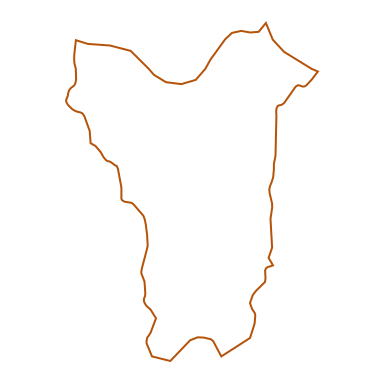 outline of Lhuntshi
{"feature_id": "BTN-2483", "entity_name": "Lhuntshi", "entity_type": "District", "adm_level": 1, "iso_a3": "BTN", "parent_name": "Bhutan", "parent_adm1": "", "projection": "equal_earth", "projection_center": [91.057, 27.736], "detail": "fine", "context": "isolated", "style": "outline", "palette": "amber", "viewbox_px": 384, "rotation_deg": 0, "n_neighbors": 0, "source": "natural_earth", "source_scale": "10m", "svg_char_len": 1681}
<svg xmlns="http://www.w3.org/2000/svg" viewBox="0 0 384 384"><path d="M75.9,40.2L87.8,43.9L109.9,45.5L130.7,50.9L148.8,68.9L154.0,74.9L166.0,82.2L181.3,84.1L195.7,79.9L205.3,68.9L210.4,59.7L225.3,39.1L232.0,32.9L241.2,30.9L250.3,32.5L258.7,31.8L265.9,23.0L272.8,39.7L284.1,51.9L311.7,68.9L317.9,71.5L311.7,79.6L306.4,85.3L304.6,86.4L302.8,86.6L299.3,85.4L297.7,85.3L295.6,86.7L284.2,102.9L282.5,104.3L280.9,105.0L279.2,105.3L277.7,106.0L276.6,108.1L276.2,110.9L276.4,116.4L275.5,155.8L273.9,164.0L273.9,169.2L273.2,177.1L271.5,182.6L270.0,186.1L269.3,189.5L269.6,192.9L272.1,203.7L272.2,207.3L270.5,218.9L272.1,247.7L268.6,257.8L273.0,265.4L269.4,266.6L267.9,266.9L266.2,268.1L265.1,270.3L265.5,278.2L265.0,282.0L256.4,290.4L252.8,295.0L250.0,303.0L252.0,308.9L254.7,312.9L255.3,315.1L254.6,323.7L250.0,338.0L221.3,356.4L213.1,341.0L210.7,339.2L203.9,337.6L197.7,337.3L190.1,340.3L170.3,361.0L152.0,356.4L146.5,343.1L146.6,340.9L147.2,337.7L148.8,335.5L150.5,332.9L156.0,318.3L150.5,309.5L146.5,306.0L144.6,303.0L143.8,300.4L144.1,298.4L145.1,295.9L145.3,293.0L144.5,281.6L141.3,273.2L141.4,271.4L141.9,268.2L145.2,255.9L147.7,245.9L147.1,234.8L145.7,224.0L144.7,219.2L143.4,215.8L133.5,204.3L131.8,203.0L130.2,202.6L124.6,201.7L122.2,200.3L121.4,198.8L121.4,187.6L118.0,169.1L116.8,166.1L114.6,165.0L111.1,162.3L109.5,161.5L107.1,160.9L105.6,159.7L103.5,157.1L100.8,152.3L95.6,146.1L90.6,143.2L89.7,131.0L84.4,116.2L82.4,113.4L80.6,112.5L76.6,111.5L74.4,110.5L71.9,108.9L67.8,104.7L66.4,102.2L66.1,100.0L67.8,95.9L68.3,92.6L69.2,90.2L70.8,88.1L74.3,85.4L75.3,83.3L76.1,79.8L75.8,68.5L74.5,63.9L74.2,60.0L74.2,55.2L75.9,40.2Z" fill="none" stroke="#b45309" stroke-width="2"/></svg>